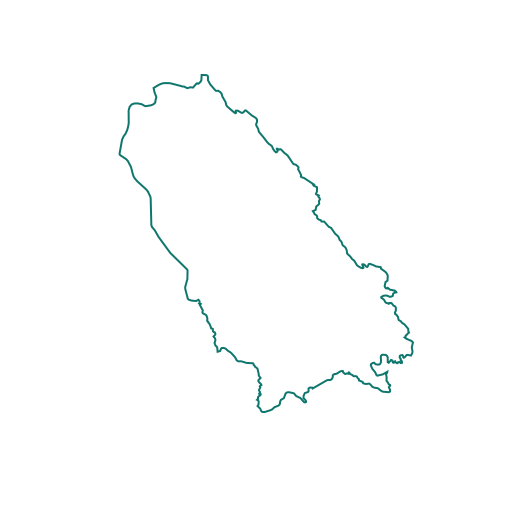 outline of Punjab, rotated 120°
{"feature_id": "PAK-1113", "entity_name": "Punjab", "entity_type": "Province", "adm_level": 1, "iso_a3": "PAK", "parent_name": "Pakistan", "parent_adm1": "", "projection": "equal_earth", "projection_center": [72.142, 30.862], "detail": "fine", "context": "isolated", "style": "outline", "palette": "teal", "viewbox_px": 512, "rotation_deg": 120, "n_neighbors": 0, "source": "natural_earth", "source_scale": "10m", "svg_char_len": 6073}
<svg xmlns="http://www.w3.org/2000/svg" viewBox="0 0 512 512"><g transform="rotate(120 256 256)"><path d="M382.2,166.3L386.5,170.2L387.6,171.8L387.9,173.1L387.5,174.2L386.1,176.0L385.2,179.6L383.2,179.6L380.9,180.8L379.9,181.9L380.0,183.2L378.4,182.8L377.6,183.5L376.9,183.7L374.2,182.6L373.4,182.8L373.7,184.4L372.2,184.3L371.8,184.6L371.0,186.0L370.5,186.4L367.6,186.6L366.9,187.6L365.0,186.8L364.3,188.0L363.9,190.0L363.1,191.5L362.2,191.8L359.4,191.1L358.2,193.8L356.9,194.6L353.0,198.2L352.6,199.2L352.4,201.5L351.8,202.2L351.6,203.4L351.0,203.8L350.4,205.0L353.3,210.7L354.6,216.2L356.0,218.5L356.1,219.6L355.9,220.7L354.1,223.6L352.5,228.6L352.2,230.0L352.2,232.6L351.4,236.1L351.8,238.0L352.8,239.6L353.5,239.9L356.3,239.6L358.1,241.4L354.7,243.8L354.0,244.8L354.0,246.0L352.1,248.4L349.4,249.0L348.7,249.4L347.9,250.2L347.0,252.5L344.4,252.0L343.4,252.5L342.7,253.6L343.0,254.6L342.6,255.7L340.7,257.0L341.1,258.6L339.8,260.0L337.8,262.7L337.6,263.9L336.9,264.5L336.7,265.8L334.4,266.9L332.5,268.9L332.0,270.1L332.2,272.2L332.1,273.6L331.5,274.3L329.7,274.9L326.5,280.1L325.2,279.9L325.5,281.5L324.7,281.4L323.8,282.0L323.1,282.8L322.7,284.0L324.9,285.3L326.8,289.4L327.4,291.9L327.2,293.6L320.0,300.7L318.3,301.8L310.3,303.9L302.8,308.0L302.1,308.9L296.2,331.8L288.2,349.9L284.4,356.4L282.9,360.5L281.7,362.0L258.8,376.0L257.6,377.0L254.3,381.7L253.3,384.2L250.7,396.0L249.8,398.8L248.6,401.4L246.8,403.5L241.4,408.8L237.9,414.3L237.1,416.6L236.6,423.8L236.3,424.7L235.7,425.3L222.4,430.1L218.7,430.5L215.2,430.1L211.4,430.5L207.6,431.5L204.3,432.8L193.8,439.0L190.1,440.0L187.0,439.5L184.7,437.6L183.0,434.7L181.7,430.9L181.7,427.6L181.4,426.4L178.1,422.4L175.8,420.6L173.6,420.0L171.0,421.0L168.5,421.6L167.7,422.3L165.2,425.5L161.7,428.7L156.6,425.9L153.9,423.9L152.3,422.2L149.6,417.4L149.0,415.7L146.3,406.0L146.0,404.5L145.2,402.9L145.1,400.0L144.7,399.0L142.7,397.3L141.7,394.8L136.3,393.7L135.9,393.4L135.8,392.3L135.4,391.9L132.8,391.1L131.1,391.2L126.4,393.6L124.1,389.3L124.1,388.2L124.5,387.4L127.8,385.5L130.3,381.4L133.0,373.6L132.8,372.9L131.8,371.3L132.0,368.6L132.6,367.0L134.8,364.7L138.0,359.2L140.1,357.3L140.9,355.7L142.6,346.8L142.6,345.2L142.2,344.9L141.8,345.0L140.7,346.1L140.2,346.1L139.2,344.3L139.3,340.9L139.1,339.7L138.1,338.8L135.5,338.3L135.0,337.7L136.4,329.7L136.5,325.3L137.2,323.6L137.8,323.0L139.4,322.2L142.1,321.7L143.0,320.7L144.7,317.8L147.0,315.6L149.6,308.5L151.9,303.0L152.5,300.8L152.6,298.8L153.0,297.0L154.7,294.8L155.9,292.3L156.2,290.4L155.6,289.9L154.2,289.8L153.6,290.4L152.9,291.6L152.6,291.6L152.4,291.1L152.3,289.2L151.4,288.4L151.2,287.7L152.6,282.8L153.0,279.6L153.5,278.1L157.5,270.0L157.6,269.0L157.0,267.1L157.7,263.9L158.3,263.3L159.7,263.0L163.4,257.3L164.7,257.0L164.9,256.6L164.9,255.2L164.4,253.6L165.1,242.0L165.6,242.4L166.3,241.1L165.9,238.1L166.0,237.5L169.6,235.5L172.3,235.1L172.5,234.4L172.2,231.9L172.9,232.0L173.4,231.7L174.0,230.1L174.9,229.0L177.0,228.9L179.2,227.4L180.5,227.6L183.0,228.6L186.3,227.4L188.7,229.2L189.4,227.7L190.5,226.1L190.4,225.1L190.8,223.3L191.1,222.8L192.4,222.2L192.8,221.6L193.0,219.4L192.6,217.8L193.4,216.5L192.1,214.2L194.3,207.7L194.1,205.0L197.1,198.7L197.8,195.2L198.2,194.1L200.2,191.7L200.9,189.2L203.2,186.5L203.5,185.5L203.7,183.5L204.3,182.1L205.9,180.1L208.0,178.6L208.5,177.7L209.3,174.1L210.6,171.3L210.9,168.6L213.4,164.2L213.7,163.2L213.8,159.2L213.3,158.2L213.3,157.6L212.8,157.2L212.2,157.2L211.8,158.1L211.1,158.5L210.5,159.6L210.1,159.7L209.7,159.3L209.3,157.9L210.0,155.5L209.9,154.2L209.5,154.0L206.8,154.3L206.2,154.0L205.8,153.2L205.2,149.5L205.0,146.7L203.3,142.5L204.5,141.4L205.0,136.3L205.5,134.6L206.6,132.7L207.3,132.0L211.6,129.8L213.8,130.8L217.6,129.6L218.2,129.1L218.9,127.8L219.0,127.1L218.6,126.2L217.8,126.2L217.7,126.0L218.2,122.9L217.4,121.3L217.3,120.1L216.7,119.1L216.6,118.4L217.0,116.7L217.3,116.3L218.4,117.6L219.6,118.2L220.4,118.3L222.1,117.6L223.5,118.5L224.5,119.8L224.7,122.4L225.4,124.0L227.0,126.0L229.1,127.0L229.6,126.4L229.7,124.2L230.0,123.1L231.2,121.1L231.5,120.0L231.3,118.7L229.7,116.4L230.0,116.4L229.3,115.8L229.1,114.9L230.2,112.2L230.1,110.1L230.9,109.0L233.3,107.6L235.6,107.4L236.4,106.4L236.8,106.2L236.6,105.1L237.8,102.5L239.7,100.9L240.1,100.3L240.1,97.8L240.9,96.2L241.0,93.2L243.0,87.7L244.8,86.6L245.9,85.2L247.0,85.8L248.7,86.0L250.1,86.6L251.2,86.0L252.2,86.6L252.5,84.4L251.8,78.9L252.4,76.8L257.1,75.5L260.6,72.6L262.2,72.1L264.7,72.0L265.8,75.2L266.4,76.0L269.3,76.6L270.2,77.1L270.2,77.6L268.8,79.0L268.6,79.8L269.9,81.2L270.5,81.5L272.0,80.9L272.9,79.1L273.9,78.6L274.0,77.5L274.8,76.5L275.6,76.2L276.4,77.2L276.0,78.5L276.3,79.0L277.0,79.9L278.0,79.8L278.3,80.2L278.3,81.8L277.6,82.9L278.1,83.2L279.1,83.0L279.8,83.7L279.6,84.4L278.4,85.5L278.3,86.4L278.5,87.1L280.0,87.1L280.9,87.6L282.1,87.7L282.1,88.8L278.0,91.2L277.0,92.6L276.8,94.1L278.0,96.7L278.9,97.6L280.0,97.8L281.0,97.5L284.1,95.4L285.6,94.7L287.2,94.5L288.1,94.8L289.1,96.1L289.9,98.1L289.4,100.4L290.3,101.4L292.3,102.3L293.3,101.9L295.5,98.9L297.1,94.6L298.7,92.5L299.0,91.1L295.0,86.9L290.6,84.4L291.4,84.1L293.5,84.2L295.5,82.4L298.8,80.6L299.4,79.0L300.7,76.9L300.6,75.5L301.1,75.0L303.1,75.4L304.9,73.0L306.3,72.2L307.5,72.8L310.1,78.3L310.2,80.3L309.6,84.5L310.9,87.8L311.1,89.9L310.1,92.5L309.9,94.2L311.7,96.5L312.5,98.6L312.6,99.5L312.4,100.1L311.7,100.7L312.3,104.6L311.3,105.2L310.9,106.9L310.0,108.3L310.1,109.3L311.3,111.4L310.9,113.1L311.2,116.4L310.3,116.8L310.4,117.4L311.8,117.2L312.1,118.4L313.3,119.4L313.6,119.9L313.2,122.3L312.2,123.4L313.0,124.6L314.4,125.7L317.0,126.9L318.3,127.9L318.8,128.8L320.2,129.7L320.9,129.8L322.5,129.0L324.6,128.8L326.1,129.5L327.9,132.3L342.4,140.7L341.9,141.5L342.9,143.4L343.7,144.0L344.6,144.2L346.8,142.9L347.7,142.9L350.4,145.2L353.5,144.8L355.3,143.8L356.2,140.8L356.9,139.9L357.7,139.7L358.3,140.3L358.5,141.5L356.8,146.5L357.2,151.2L356.0,154.3L356.2,155.4L357.5,159.4L358.7,161.0L360.2,161.6L365.2,160.8L368.2,162.5L370.0,162.3L371.8,161.5L373.2,161.3L374.6,161.9L377.7,164.4L380.7,165.3L382.2,166.3Z" fill="none" stroke="#0f766e" stroke-width="2"/></g></svg>